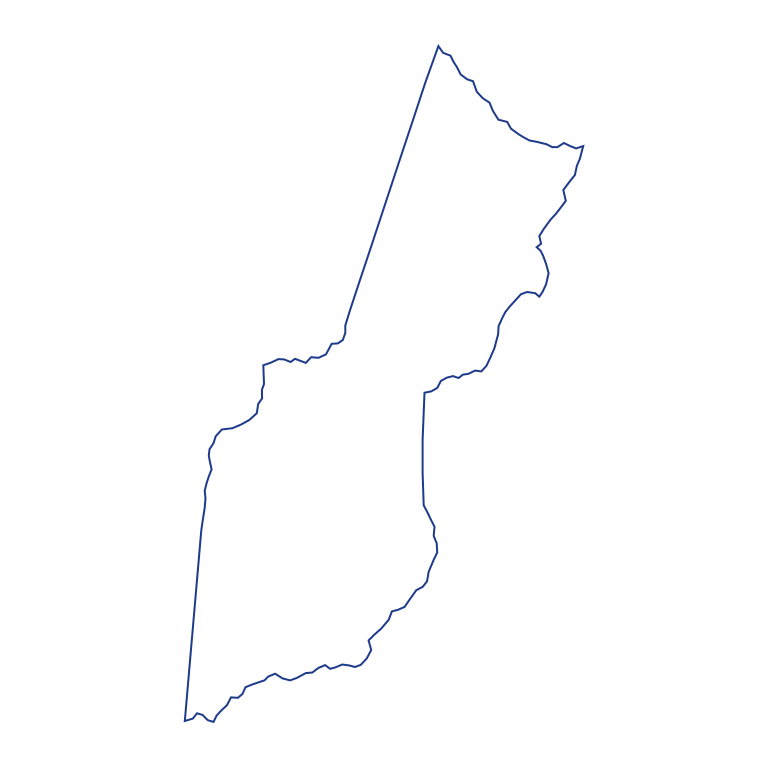 outline of Álvares Machado, São Paulo, Brazil
{"feature_id": "56859067B93590502051313", "entity_name": "Álvares Machado", "entity_type": "district", "adm_level": 2, "iso_a3": "BRA", "parent_name": "Brazil", "parent_adm1": "São Paulo", "projection": "robinson", "projection_center": [-51.501, -22.119], "detail": "fine", "context": "isolated", "style": "outline", "palette": "blue", "viewbox_px": 768, "rotation_deg": 0, "n_neighbors": 0, "source": "geoboundaries", "source_scale": "gbopen_adm2", "svg_char_len": 2179}
<svg xmlns="http://www.w3.org/2000/svg" viewBox="0 0 768 768"><path d="M450.5,55.7L443.1,52.8L438.4,46.1L425.1,83.2L412.4,121.9L409.4,130.8L398.3,164.2L370.9,247.3L358.9,283.3L349.7,311.2L345.3,325.5L345.3,333.0L342.8,340.0L337.9,343.4L331.7,343.8L325.9,354.4L318.5,357.8L311.1,357.2L305.8,362.9L295.0,358.8L290.6,362.0L284.1,359.4L278.4,359.1L271.0,362.6L263.3,365.3L264.0,384.1L261.9,389.8L262.1,398.4L258.2,403.9L256.8,413.2L249.4,419.9L241.4,424.4L232.5,428.2L221.8,429.5L215.7,436.3L213.5,443.2L209.5,449.3L208.8,455.7L209.9,461.7L211.6,469.4L209.0,475.9L206.6,483.2L204.7,490.8L205.5,498.2L204.7,507.8L202.8,520.0L201.3,530.2L184.8,721.0L192.8,718.6L197.0,713.3L202.5,714.9L207.8,720.2L213.5,721.9L216.6,715.6L221.0,710.8L227.0,705.1L231.0,697.4L237.9,697.8L242.5,693.9L245.5,687.2L251.7,684.7L258.6,682.3L264.4,680.4L268.2,676.6L275.1,673.7L282.6,678.4L290.1,680.4L296.9,677.9L305.8,673.1L312.4,672.5L318.3,668.0L325.1,665.1L330.1,668.8L335.4,667.4L342.2,664.5L349.5,665.5L354.9,667.0L360.7,664.9L366.8,658.4L371.2,650.0L368.6,640.4L374.3,634.7L381.2,628.6L388.7,619.8L391.9,611.4L398.0,609.8L404.6,606.9L410.0,599.0L416.3,590.2L422.7,586.8L427.0,581.4L428.7,571.7L433.7,559.8L437.2,552.5L436.7,543.3L433.7,535.9L434.5,526.7L431.0,519.9L427.9,513.3L423.7,505.3L422.6,472.6L422.6,458.3L422.6,450.6L422.6,440.2L424.5,392.7L431.2,391.4L437.3,387.9L440.9,380.9L446.9,377.6L453.0,376.1L458.6,378.0L462.8,374.7L468.5,373.8L475.1,370.6L481.3,371.4L486.4,365.9L490.1,358.1L494.4,348.3L496.3,341.0L498.1,334.5L498.6,326.1L502.5,317.5L505.3,312.1L509.9,306.3L515.7,300.0L521.0,294.2L527.1,292.0L535.3,293.2L539.3,296.7L542.5,292.0L546.1,284.3L548.6,273.2L546.2,264.2L543.2,255.9L540.6,250.8L536.7,247.2L541.1,243.7L539.3,236.1L544.0,228.6L550.5,219.7L556.1,213.6L560.5,207.9L565.8,200.8L563.3,190.0L569.0,182.4L574.9,175.0L576.9,165.7L579.9,158.7L583.2,146.1L576.1,148.4L570.5,146.2L563.9,143.0L557.5,147.1L552.3,147.1L546.4,144.2L536.7,141.8L529.5,140.5L523.2,137.1L518.0,133.8L511.0,128.7L507.2,121.9L498.4,119.7L492.8,110.7L489.5,102.6L482.9,98.3L476.8,91.8L473.0,81.2L467.1,79.3L460.7,74.5L456.9,67.1L453.6,62.0L450.5,55.7Z" fill="none" stroke="#1e3a8a" stroke-width="2"/></svg>